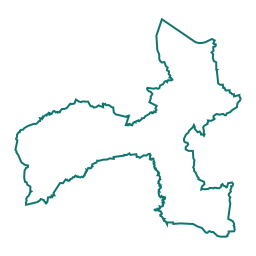 Hat Yai, Songkhla, Thailand (Mercator projection)
{"feature_id": "78962969B23143470212652", "entity_name": "Hat Yai", "entity_type": "district", "adm_level": 2, "iso_a3": "THA", "parent_name": "Thailand", "parent_adm1": "Songkhla", "projection": "mercator", "projection_center": [100.414, 6.987], "detail": "fine", "context": "isolated", "style": "outline", "palette": "teal", "viewbox_px": 256, "rotation_deg": 0, "n_neighbors": 0, "source": "geoboundaries", "source_scale": "gbopen_adm2", "svg_char_len": 5900}
<svg xmlns="http://www.w3.org/2000/svg" viewBox="0 0 256 256"><path d="M75.9,99.6L74.4,103.5L71.3,104.2L70.9,103.7L70.2,103.8L66.7,108.1L64.6,108.9L62.0,109.0L60.2,111.0L59.8,112.3L58.2,112.0L57.8,112.6L57.1,111.9L55.8,112.4L54.4,111.0L53.0,111.5L51.8,113.7L49.7,114.6L49.8,113.8L49.0,113.5L49.3,112.9L48.7,112.8L47.5,114.4L46.7,114.5L46.5,115.3L46.0,114.9L44.0,116.1L42.6,118.3L42.4,117.5L41.8,118.6L40.0,118.2L40.5,119.5L40.1,121.0L39.0,121.1L36.9,123.4L35.6,124.0L34.1,123.8L28.0,125.9L24.2,128.2L23.1,129.6L20.7,130.0L19.9,130.7L19.8,132.2L18.5,132.4L17.1,134.5L17.0,136.8L16.0,138.9L17.3,140.2L17.2,141.5L15.4,149.8L16.4,151.0L16.4,152.3L18.3,155.1L21.4,162.4L25.2,165.0L28.0,165.5L27.8,167.2L26.0,168.0L24.5,170.9L24.2,177.8L25.0,181.8L26.5,182.2L27.3,184.6L30.4,186.6L30.3,190.7L31.4,191.4L29.8,192.5L29.7,193.9L28.3,196.3L27.4,196.8L26.2,198.8L26.6,200.7L25.9,202.5L26.1,204.8L37.3,202.1L39.8,200.4L40.8,199.0L43.8,200.1L44.3,201.4L45.6,202.2L45.7,203.3L46.3,203.4L47.5,201.5L48.0,197.5L50.0,197.4L50.3,196.8L51.0,197.2L51.7,196.2L52.3,196.9L52.7,196.1L52.2,195.4L54.4,195.3L53.5,193.1L60.0,183.1L63.0,183.2L65.7,179.4L66.8,180.2L67.4,179.9L68.0,180.8L69.6,180.6L70.1,179.2L71.9,178.6L73.0,177.2L74.3,177.2L75.5,175.6L77.0,176.7L77.7,176.4L77.8,176.9L80.5,177.4L81.8,176.6L82.9,177.2L84.6,175.3L84.3,175.1L84.9,173.7L86.0,172.5L85.7,171.9L86.7,171.1L86.5,170.1L87.0,170.5L88.0,168.2L88.9,167.9L90.1,168.5L91.3,167.8L91.7,166.7L92.5,166.4L92.0,165.8L92.4,164.2L96.5,162.5L97.3,160.6L99.1,160.8L103.1,159.7L107.3,159.5L109.6,158.4L113.8,158.8L113.6,157.0L124.2,155.6L124.2,154.9L126.8,155.0L129.4,153.4L130.4,154.9L136.3,154.2L136.7,156.9L138.2,156.8L139.8,157.9L143.8,155.3L146.2,155.6L148.7,153.9L149.8,153.8L150.6,155.4L149.8,156.2L150.3,157.6L149.8,159.1L151.0,159.8L152.4,158.6L153.4,158.6L153.6,160.9L154.3,162.0L153.5,162.3L153.7,163.8L154.2,163.6L154.5,164.2L154.7,165.5L154.1,166.4L154.8,167.5L154.5,167.9L155.2,169.2L155.9,168.9L155.8,169.8L158.0,171.5L158.1,172.9L158.7,172.5L159.2,173.1L157.7,175.2L159.0,175.2L160.0,177.2L159.7,178.9L160.3,179.4L158.7,180.9L158.7,181.3L159.6,181.4L158.5,181.7L158.7,182.6L158.3,183.1L159.5,183.9L159.4,184.9L160.1,185.1L159.4,185.5L159.6,186.4L160.9,186.8L160.6,188.0L158.8,189.8L159.4,191.5L158.7,191.3L158.6,192.9L159.4,196.2L160.6,197.3L161.6,196.0L162.7,197.5L163.3,197.1L163.7,197.8L163.9,197.0L165.1,197.4L164.9,198.4L164.2,198.0L164.3,198.7L163.7,198.6L163.7,199.1L163.0,199.1L162.5,199.8L163.1,199.9L162.5,200.3L162.7,201.0L163.5,201.1L163.8,202.0L162.9,202.5L163.4,202.8L162.8,203.0L162.7,203.7L163.4,203.7L162.8,206.1L160.8,206.8L159.7,206.4L160.0,208.1L159.5,208.8L158.2,209.1L157.9,208.7L157.3,209.3L155.3,209.4L154.7,209.9L155.4,210.5L158.1,210.2L159.5,211.2L160.5,211.2L161.9,213.4L161.6,214.3L160.3,214.7L160.3,215.8L162.5,217.3L163.0,218.6L164.3,218.9L163.5,219.5L164.0,220.9L165.6,221.3L167.0,224.1L167.1,222.4L173.1,222.5L173.3,223.9L180.4,223.4L193.0,224.0L197.9,226.6L202.0,228.0L205.7,232.5L207.3,232.8L209.4,231.1L211.7,232.1L213.2,232.0L217.4,235.9L220.5,236.7L226.4,236.7L227.5,236.0L227.2,235.3L228.7,233.3L228.6,231.5L234.2,231.3L234.8,229.2L234.2,227.9L234.5,226.6L233.6,225.7L234.2,224.7L233.9,223.2L232.7,221.2L228.2,218.8L230.3,203.2L229.6,201.1L229.7,198.4L230.3,197.4L228.9,195.7L228.7,194.1L230.9,191.5L230.4,189.9L231.5,187.7L231.1,186.2L232.8,185.6L232.9,183.6L232.0,182.5L228.1,183.2L227.0,186.9L226.3,187.4L224.8,186.1L223.5,185.7L222.5,184.1L221.3,185.0L221.2,186.7L219.1,188.3L214.6,187.7L213.1,188.4L211.8,187.9L209.5,188.0L208.7,188.8L205.2,189.3L202.5,189.0L201.3,189.5L201.9,186.5L204.4,184.3L204.1,181.9L198.3,179.2L198.6,177.7L197.3,176.5L195.5,172.3L194.2,171.2L194.0,168.7L193.2,167.4L194.2,164.9L194.0,162.4L194.5,160.3L193.4,158.5L192.8,150.9L188.7,150.9L185.7,149.5L185.7,147.0L186.9,146.2L188.1,144.4L187.6,142.8L185.2,142.4L184.1,141.1L184.0,138.8L186.0,134.5L188.4,132.6L189.0,130.8L192.8,127.3L193.9,125.0L194.8,126.9L194.5,127.9L195.0,129.1L197.7,132.3L199.6,131.5L200.7,132.8L201.0,134.5L202.8,134.5L203.9,135.8L204.6,134.3L203.7,133.0L203.9,130.5L203.1,127.5L204.0,125.9L207.5,123.9L207.3,123.2L208.3,121.9L207.9,120.5L211.3,120.8L214.3,119.2L214.6,118.8L213.5,117.9L213.6,115.9L216.5,114.0L219.4,114.7L223.0,113.9L224.9,115.3L225.9,115.2L226.6,113.5L230.1,112.2L232.4,109.9L236.9,107.2L237.5,103.1L240.0,100.5L240.6,98.7L239.3,96.1L239.4,95.0L234.1,96.4L233.9,94.2L232.2,94.3L230.9,92.8L229.8,92.6L229.6,90.2L225.6,90.5L224.5,87.8L223.2,87.9L222.9,84.7L220.2,84.8L218.2,83.4L216.8,70.3L217.2,69.8L216.3,69.7L216.2,62.3L213.8,61.0L212.8,57.9L213.1,54.1L211.5,52.4L213.5,50.8L213.2,47.1L215.2,46.4L215.9,45.3L215.7,44.2L214.0,44.1L213.3,43.4L214.7,40.5L211.9,39.0L205.6,42.1L202.5,42.9L199.0,43.1L195.4,42.1L161.9,19.3L156.4,35.6L157.3,49.9L159.2,54.4L159.3,58.8L159.9,60.7L161.7,62.5L164.4,62.1L165.9,66.2L167.6,67.5L167.0,70.3L169.0,71.4L168.7,74.1L170.3,75.6L169.5,77.6L171.2,77.9L172.4,79.7L171.5,80.3L168.0,80.2L167.2,82.1L166.0,81.0L164.6,81.6L163.0,84.3L160.1,85.5L159.3,88.3L157.5,88.7L156.0,88.1L153.7,88.7L147.5,87.9L147.1,88.6L147.4,89.9L149.0,91.3L150.9,91.9L152.4,94.0L150.7,96.6L150.9,98.1L149.4,102.2L156.7,105.9L155.4,108.5L156.5,110.0L155.5,111.2L155.6,111.9L154.3,111.6L154.4,112.2L153.1,112.6L153.0,113.1L152.2,113.3L151.6,113.0L151.6,112.3L150.5,112.4L149.0,114.2L145.4,116.1L143.9,118.1L141.9,118.3L142.0,118.8L139.7,120.8L138.8,120.5L138.7,121.1L137.7,120.6L135.3,121.7L135.5,122.4L134.4,122.1L133.4,122.6L132.1,125.3L131.0,125.1L130.7,124.5L129.7,124.7L129.6,123.9L128.2,124.2L128.7,124.6L128.0,124.6L127.9,125.3L125.8,125.1L129.0,115.7L127.3,116.0L126.4,116.9L115.8,114.4L113.8,112.4L113.2,107.4L112.2,107.4L108.9,105.1L106.2,105.1L105.3,104.8L105.2,103.9L103.6,104.5L102.7,102.9L103.1,107.2L98.5,105.4L96.4,107.0L93.9,107.6L92.4,106.2L91.2,106.4L90.2,105.7L88.2,101.7L82.4,101.4L81.2,102.2L79.1,101.6L75.9,99.6Z" fill="none" stroke="#0f766e" stroke-width="2"/></svg>